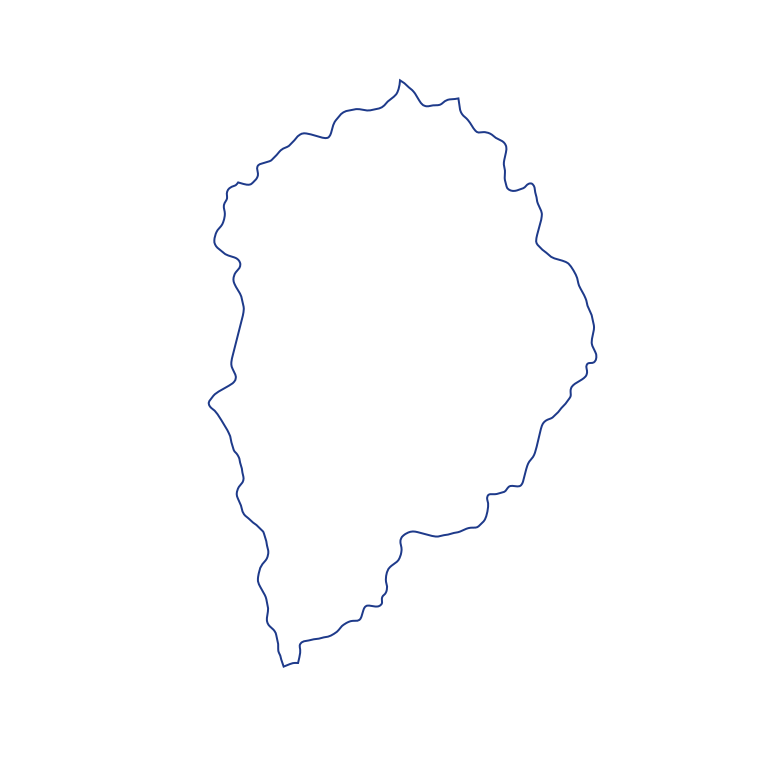 Hato Mayor del Rey, Hato Mayor, Dominican Republic, rotated 14°
{"feature_id": "3306468B72856581619047", "entity_name": "Hato Mayor del Rey", "entity_type": "district", "adm_level": 2, "iso_a3": "DOM", "parent_name": "Dominican Republic", "parent_adm1": "Hato Mayor", "projection": "mercator", "projection_center": [-69.331, 18.711], "detail": "fine", "context": "isolated", "style": "outline", "palette": "blue", "viewbox_px": 768, "rotation_deg": 14, "n_neighbors": 0, "source": "geoboundaries", "source_scale": "gbopen_adm2", "svg_char_len": 6146}
<svg xmlns="http://www.w3.org/2000/svg" viewBox="0 0 768 768"><g transform="rotate(14 384 384)"><path d="M387.1,88.9L383.9,90.3L378.8,92.0L377.0,92.9L374.7,94.8L372.0,98.4L370.6,99.6L368.9,100.4L364.1,101.8L359.8,103.8L357.8,104.3L356.7,104.3L354.6,104.0L353.6,103.5L351.8,102.4L349.4,100.2L343.8,94.6L342.0,93.2L340.2,92.0L336.4,90.2L331.0,87.2L326.1,85.5L326.7,89.9L326.8,94.4L326.4,97.8L325.8,99.9L324.1,102.8L319.3,109.0L316.9,113.6L315.0,116.0L312.6,117.8L304.4,121.8L301.4,122.7L293.7,123.3L290.5,124.0L281.3,128.3L278.9,130.2L277.0,132.5L273.4,139.9L272.7,141.8L272.1,145.2L271.9,153.3L271.6,155.5L270.9,157.4L270.3,158.3L269.5,158.9L267.7,159.6L264.6,159.9L252.7,159.5L248.0,159.7L245.7,160.1L244.7,160.6L243.7,161.0L242.2,162.3L240.3,164.6L238.1,169.2L234.2,175.9L232.9,177.2L229.2,180.0L227.3,182.2L226.3,183.9L224.5,187.6L220.5,194.3L219.1,195.5L210.4,200.7L209.2,202.0L208.8,202.8L208.6,203.7L208.7,205.5L210.8,210.3L211.2,212.3L211.1,213.3L211.0,214.3L210.4,216.2L208.1,220.2L207.0,221.8L206.3,222.5L205.4,223.0L204.5,223.4L202.5,223.8L199.3,223.9L193.7,223.7L193.0,225.4L192.1,226.9L191.4,227.5L188.5,229.5L186.6,231.5L185.7,233.2L185.3,235.2L185.4,237.2L186.5,240.5L186.8,242.0L186.6,243.6L185.6,246.9L185.4,248.9L185.5,249.9L186.0,251.8L187.7,255.3L188.4,257.3L188.8,259.4L189.0,262.8L188.8,266.1L188.4,268.3L187.7,270.2L185.4,274.7L184.8,276.7L184.4,278.9L184.3,283.4L184.6,285.6L185.2,287.7L186.3,289.4L187.7,290.9L189.4,292.1L196.8,295.6L198.6,296.4L201.9,297.0L208.4,297.4L210.5,297.8L212.5,298.7L214.0,299.9L215.2,301.5L215.6,302.4L215.9,304.5L215.6,306.5L213.1,311.6L212.5,313.6L212.3,316.9L212.6,319.0L213.4,321.1L214.6,322.9L216.8,325.5L222.4,331.1L224.4,333.7L229.1,343.0L229.8,345.0L230.3,348.4L230.5,351.9L230.3,392.6L230.3,396.2L230.6,399.7L231.1,401.9L232.0,404.0L233.3,405.8L237.5,410.9L238.5,412.8L238.7,413.8L238.8,416.0L238.1,418.0L237.0,419.9L233.9,423.2L225.4,431.3L222.4,434.8L221.3,436.7L218.7,442.7L218.5,444.5L218.7,445.4L219.6,447.0L220.9,448.2L222.5,449.2L226.2,450.9L229.8,453.6L234.8,458.3L243.1,466.6L245.3,469.2L247.4,471.9L250.1,477.6L254.1,484.3L255.3,485.6L257.7,487.1L259.1,488.3L260.5,489.8L261.7,491.4L263.4,495.1L266.5,500.4L268.1,504.3L269.9,507.8L270.6,509.6L270.8,511.7L270.5,513.7L268.1,518.9L267.6,521.0L267.4,524.2L267.7,526.4L268.1,527.4L268.5,528.4L269.8,530.3L274.6,536.5L277.6,542.0L279.7,544.3L281.3,545.4L285.1,547.2L290.4,550.1L294.4,551.7L301.9,556.1L302.7,556.7L303.8,558.3L307.8,565.0L309.5,568.9L311.8,573.3L312.2,574.3L312.7,576.4L312.8,579.7L312.5,581.8L311.8,583.8L309.6,588.2L308.4,592.4L308.3,598.1L308.5,601.4L308.8,603.6L309.4,605.8L311.1,608.6L313.3,611.1L319.5,617.7L320.8,619.4L321.9,621.3L325.8,629.7L326.4,632.9L327.0,639.4L327.5,641.5L327.9,642.5L328.9,644.2L330.3,645.7L331.9,646.8L336.3,649.2L337.8,650.4L339.2,651.9L340.2,653.7L344.2,661.9L345.5,666.9L346.1,668.7L347.0,670.1L349.1,672.7L350.9,676.1L355.0,682.5L360.5,678.5L363.1,676.9L365.0,676.2L368.1,675.5L368.0,669.7L367.7,665.2L367.0,662.2L366.0,659.8L365.5,658.1L365.5,657.3L365.7,656.4L366.5,654.8L367.1,654.2L368.6,653.0L373.1,651.0L377.6,648.7L382.5,646.8L386.9,644.4L390.8,642.7L393.4,640.9L395.9,638.5L398.2,635.9L399.4,633.9L401.7,629.1L403.1,627.3L405.4,624.9L407.2,623.4L409.0,622.2L410.9,621.4L415.5,620.1L417.0,619.0L417.6,618.2L418.0,617.3L418.4,615.3L418.7,608.7L418.9,606.6L419.6,604.7L420.3,603.9L421.1,603.2L423.1,602.6L429.6,602.0L431.7,601.4L432.5,601.0L433.9,599.8L434.8,598.3L435.0,597.4L435.0,596.6L433.9,593.0L433.8,591.4L434.2,589.9L435.8,587.4L436.1,586.6L436.5,584.8L436.5,582.9L436.0,579.8L433.8,575.4L433.1,573.3L432.5,569.7L432.4,566.1L433.0,562.5L434.0,560.4L435.2,558.6L439.5,553.4L440.6,551.4L441.2,549.1L441.6,545.5L441.5,543.1L441.2,540.7L440.5,538.5L438.4,534.2L437.9,532.2L437.8,531.2L438.1,529.1L438.4,528.0L439.6,526.1L441.0,524.4L443.5,522.2L445.4,521.0L447.7,520.1L450.0,519.7L452.5,519.6L467.4,519.8L471.1,519.5L473.4,518.9L478.7,516.2L482.6,514.6L487.9,511.6L491.7,509.9L493.6,508.7L499.0,504.5L500.8,503.4L502.8,502.5L507.5,501.2L509.2,500.3L510.4,498.9L513.9,493.2L514.7,491.1L515.2,487.6L515.2,482.7L514.7,477.9L513.9,474.6L512.2,471.3L511.6,469.7L511.6,467.9L511.8,467.0L512.3,466.2L513.0,465.6L513.8,465.2L518.3,464.1L520.1,463.4L526.7,459.6L527.8,458.3L529.1,455.1L529.9,453.6L530.5,453.0L531.3,452.4L533.2,451.8L538.2,451.1L540.1,450.4L541.0,449.7L541.5,449.0L542.2,447.2L542.5,445.2L542.6,432.3L542.8,428.7L543.1,426.4L543.7,424.2L546.2,418.8L546.8,416.5L547.1,414.2L547.3,408.1L547.1,389.7L547.3,386.2L547.8,383.9L548.7,382.0L549.9,380.4L551.3,379.1L554.3,377.0L555.6,375.8L559.8,369.2L561.9,364.5L564.9,359.2L567.5,352.8L568.0,351.1L567.9,349.5L566.9,346.3L566.5,344.5L566.6,342.5L566.8,341.5L567.8,339.5L569.2,337.6L575.0,331.7L576.5,329.9L577.7,328.0L578.1,327.0L578.3,325.9L578.3,323.9L577.8,322.1L576.7,319.7L576.1,318.2L576.1,316.5L576.3,315.7L576.7,315.0L577.3,314.4L578.7,313.8L580.9,313.2L582.3,312.3L582.9,311.5L583.6,309.8L583.7,308.8L583.6,306.8L583.0,304.7L582.6,303.7L581.3,301.9L577.0,296.7L575.9,294.7L575.5,293.6L574.9,290.1L574.5,280.6L574.1,278.2L573.4,276.2L568.8,266.9L562.5,258.8L560.1,254.0L558.8,252.1L556.6,249.3L551.7,244.0L549.4,241.3L548.2,239.3L545.8,234.5L543.7,231.6L540.5,228.1L537.0,224.8L534.1,222.7L533.0,222.2L530.8,221.6L527.2,221.2L518.9,220.9L515.4,220.2L510.0,217.5L505.2,215.4L499.5,211.9L498.1,210.6L497.1,208.8L496.6,205.6L496.5,202.2L496.8,186.7L496.5,183.3L496.1,181.0L495.7,180.0L494.6,178.0L489.7,171.8L488.5,169.9L486.8,165.9L484.4,161.5L482.5,156.9L481.4,155.4L480.0,154.3L479.2,153.9L478.3,153.8L477.4,154.0L476.6,154.3L475.9,154.8L474.7,156.0L473.0,159.0L471.8,160.3L466.2,164.0L464.4,164.9L462.3,165.5L460.2,165.6L458.2,165.2L456.4,164.3L455.2,162.8L452.0,156.9L451.3,155.0L450.2,149.6L449.7,147.6L447.2,142.1L446.7,139.9L446.5,137.7L446.3,129.9L446.0,126.6L445.3,124.5L444.9,123.6L443.6,122.0L442.0,120.7L440.1,119.8L432.9,118.1L428.4,116.0L426.4,115.4L424.3,115.1L421.1,115.2L419.1,115.7L415.0,117.1L413.2,117.0L411.5,116.2L409.0,114.3L404.2,109.7L401.6,107.6L399.8,106.4L396.1,104.5L394.5,103.3L393.1,101.9L391.9,100.2L391.4,99.3L387.1,88.9Z" fill="none" stroke="#1e3a8a" stroke-width="2"/></g></svg>